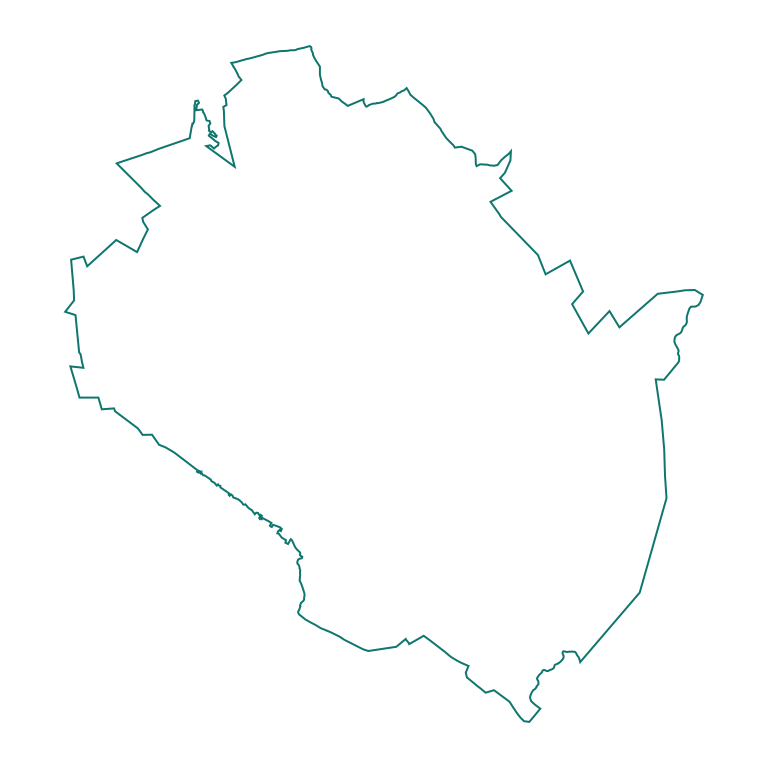 Huitiupán, Chiapas, Mexico (Natural Earth projection)
{"feature_id": "50627088B98108453745157", "entity_name": "Huitiupán", "entity_type": "district", "adm_level": 2, "iso_a3": "MEX", "parent_name": "Mexico", "parent_adm1": "Chiapas", "projection": "natural_earth1", "projection_center": [-92.702, 17.241], "detail": "fine", "context": "isolated", "style": "outline", "palette": "teal", "viewbox_px": 768, "rotation_deg": 0, "n_neighbors": 0, "source": "geoboundaries", "source_scale": "gbopen_adm2", "svg_char_len": 6026}
<svg xmlns="http://www.w3.org/2000/svg" viewBox="0 0 768 768"><path d="M666.5,498.2L665.0,475.5L664.2,449.5L661.7,420.4L655.7,379.4L664.1,379.7L666.2,377.1L670.9,371.5L674.1,367.5L677.7,363.3L679.1,361.0L679.2,356.5L678.9,355.5L678.2,354.6L678.0,353.8L678.1,352.7L678.6,351.2L678.4,349.9L677.1,347.4L675.5,344.7L674.4,341.9L674.5,339.3L675.1,337.0L676.4,335.2L679.9,333.4L681.1,332.3L682.2,329.9L682.6,328.2L683.3,327.0L684.3,326.0L685.3,325.3L686.2,324.0L686.9,322.0L686.7,318.0L686.9,316.4L688.0,312.5L689.4,308.6L690.9,306.8L692.5,306.6L695.4,306.6L698.5,305.0L700.4,302.1L702.8,294.9L694.8,290.0L684.9,290.3L676.9,291.5L657.7,293.8L619.4,327.3L609.5,311.1L588.4,333.5L572.1,304.1L583.1,291.5L570.0,260.6L545.6,274.3L538.0,255.1L500.8,216.8L499.3,214.1L490.5,201.8L511.6,190.8L500.1,178.2L504.9,172.8L510.4,160.5L510.9,151.3L508.6,154.0L504.5,157.2L501.1,160.3L497.5,165.1L493.9,165.7L489.9,165.4L487.4,164.7L480.1,164.3L476.6,166.1L476.1,164.7L475.8,163.5L475.7,158.6L475.2,154.3L472.4,150.7L461.4,146.7L454.9,147.6L453.5,145.4L446.4,138.3L441.6,131.2L440.4,128.7L434.5,122.1L433.5,118.9L432.2,116.8L429.8,113.0L425.8,107.6L422.8,105.0L413.5,97.5L410.4,94.8L408.8,91.6L406.6,88.1L404.1,90.4L401.7,91.2L400.3,92.3L397.4,93.5L396.0,95.5L394.4,96.9L389.3,99.3L386.2,100.5L383.2,101.9L378.0,103.2L376.9,103.0L375.7,103.6L374.3,103.5L372.5,103.8L368.7,105.2L368.1,105.8L366.6,106.7L366.2,106.6L365.6,105.9L364.0,103.0L363.5,101.5L363.6,99.2L347.7,105.9L345.4,104.0L341.8,101.5L338.7,98.5L332.1,96.9L331.2,96.4L330.7,94.8L328.3,92.8L328.1,91.4L326.5,89.7L324.7,89.3L322.6,86.4L321.9,82.5L321.0,79.7L319.9,74.7L319.9,66.6L316.4,61.3L314.2,57.5L313.0,54.9L313.1,53.8L311.2,49.5L311.5,48.3L311.1,47.1L309.6,46.1L303.7,47.8L297.5,49.1L296.0,49.9L294.7,50.2L292.0,50.3L290.8,50.2L287.7,50.8L279.1,51.2L278.3,51.5L267.6,53.1L265.6,53.7L262.8,54.8L249.5,58.5L246.7,59.0L244.8,59.6L241.0,60.6L236.1,62.1L231.3,62.9L233.6,66.7L233.5,66.9L234.9,68.8L237.7,74.2L238.5,76.3L241.4,80.0L236.8,84.6L227.9,92.8L224.3,95.5L225.8,98.8L226.5,105.1L223.3,106.9L223.9,111.3L224.4,126.1L234.7,166.8L206.3,146.1L210.0,145.3L210.9,145.8L214.0,148.5L214.4,148.0L217.1,145.9L218.1,145.4L218.6,143.0L217.6,142.3L214.6,140.6L214.5,140.2L208.8,135.7L209.8,133.8L210.3,133.9L213.8,136.2L216.1,137.0L216.7,135.8L215.3,134.4L215.1,133.9L212.5,131.2L211.1,132.2L208.9,130.7L209.2,129.1L208.6,125.8L210.3,123.5L209.5,121.0L207.0,120.6L206.4,120.1L205.5,116.9L204.1,113.6L203.0,112.0L203.0,110.9L202.1,109.5L196.4,110.2L196.4,108.6L197.0,104.9L199.0,102.8L197.9,100.6L195.3,101.1L195.0,104.2L194.5,105.0L194.3,118.6L194.2,121.0L193.1,123.7L192.4,123.6L191.9,126.4L191.7,126.4L189.7,138.2L158.6,148.9L150.3,152.3L146.6,153.2L141.9,155.0L117.1,163.2L116.7,163.4L141.2,187.8L143.4,190.3L144.7,191.8L148.1,194.5L152.8,199.3L160.0,205.9L153.4,210.1L142.3,217.9L143.2,221.9L147.9,229.4L143.5,238.2L137.1,252.1L116.2,240.0L87.2,266.3L83.5,256.6L71.1,259.7L73.7,290.1L74.1,300.4L65.2,311.8L75.5,315.1L79.0,351.0L79.3,352.7L80.6,354.3L82.0,362.0L83.4,367.8L70.4,366.4L77.0,388.6L79.5,397.6L98.4,397.6L101.8,409.3L114.0,408.4L115.1,411.3L138.0,428.5L142.6,434.9L152.0,434.7L159.1,444.8L165.6,447.4L174.5,452.7L195.4,468.7L198.2,470.7L197.0,471.6L197.2,472.0L198.7,472.6L198.8,472.0L198.7,470.9L200.1,471.3L200.6,472.8L201.3,472.2L201.2,473.4L201.7,473.2L201.9,473.3L202.2,474.2L203.2,475.2L203.4,475.1L205.1,475.7L210.8,479.6L211.3,480.9L212.4,481.7L214.4,482.8L216.7,485.5L217.9,484.5L218.1,485.3L220.3,485.8L220.4,487.4L229.2,493.5L228.7,494.8L229.6,495.8L231.0,494.4L232.5,495.6L233.3,497.5L236.5,498.6L237.6,499.2L238.2,499.3L239.0,499.9L241.5,502.1L243.4,504.7L244.6,504.7L245.4,504.3L247.6,506.9L247.6,507.1L249.5,508.7L250.9,509.6L251.3,509.6L251.2,509.3L254.8,514.3L255.3,513.8L255.4,513.4L256.4,512.7L258.1,513.0L258.7,514.4L259.4,515.1L260.2,515.2L260.5,514.8L261.9,515.9L260.8,517.2L260.0,516.5L259.2,518.0L259.9,519.1L260.9,518.4L261.0,518.8L261.7,519.2L262.2,517.9L268.6,521.2L271.4,523.0L269.9,525.8L270.5,526.4L271.8,527.0L273.1,524.8L278.3,526.6L281.1,527.8L281.4,527.6L280.4,529.0L281.7,529.2L280.9,531.1L279.3,530.4L278.4,530.8L277.4,533.3L278.9,533.8L281.7,537.6L286.0,540.2L285.4,542.7L288.0,544.0L290.8,539.2L291.5,539.8L292.0,540.4L292.4,541.1L294.8,546.5L295.9,548.2L297.2,549.8L300.0,552.4L300.3,553.4L299.9,555.0L300.7,555.9L301.4,556.1L302.3,556.9L302.0,557.9L301.4,558.2L301.1,558.5L299.6,558.7L298.2,559.5L297.8,560.4L297.4,561.6L297.3,563.2L297.7,563.9L298.9,565.3L299.3,566.4L299.6,568.4L300.2,570.2L300.0,572.7L300.2,575.3L299.9,576.6L299.9,579.1L299.5,580.2L301.5,584.5L303.4,590.1L304.4,593.5L304.5,594.6L304.5,595.8L304.2,596.9L304.1,598.9L304.0,599.8L303.2,601.0L301.0,602.9L300.5,604.2L300.0,605.8L300.4,606.3L299.4,609.3L298.9,610.1L298.6,610.9L298.1,611.8L298.2,612.5L298.4,613.1L299.1,614.4L305.3,619.4L311.3,622.8L315.2,624.8L320.6,628.1L330.8,632.3L339.9,636.8L344.3,639.8L363.1,649.3L368.3,651.0L396.3,646.8L405.7,639.0L405.9,639.6L408.7,642.9L409.2,644.1L423.7,635.8L429.6,640.1L445.1,652.0L448.8,655.2L451.2,657.1L457.0,660.6L461.0,662.7L468.5,666.0L465.8,672.6L466.9,677.4L477.6,686.2L481.1,688.9L485.6,692.7L494.0,690.2L509.5,701.7L514.0,708.7L517.3,713.6L520.6,717.8L524.1,721.2L529.3,721.9L540.3,708.7L534.9,704.6L531.3,701.3L530.2,698.5L530.1,696.8L530.6,695.1L531.8,692.3L532.4,691.6L533.0,690.4L534.9,689.1L535.6,688.2L536.4,687.5L536.5,686.5L538.4,684.3L538.4,683.2L538.5,682.5L538.4,681.8L538.2,680.9L537.4,679.8L537.4,679.3L537.0,678.8L537.1,678.1L538.3,676.1L539.3,674.9L541.4,672.9L542.1,672.0L542.4,670.8L543.3,670.1L543.9,669.9L545.7,670.5L546.8,671.1L548.4,670.9L550.1,669.8L550.7,669.8L551.7,669.4L553.6,668.2L554.2,667.1L554.3,666.2L554.5,665.5L555.0,664.9L555.8,664.4L557.6,663.8L558.4,663.1L559.4,662.7L561.0,661.2L562.9,659.1L563.3,658.3L563.5,657.4L563.7,656.1L562.7,653.8L562.5,652.9L562.9,651.7L563.6,651.3L564.7,651.4L566.7,652.0L569.2,651.7L572.4,651.6L575.0,651.9L575.8,652.7L577.3,655.5L578.7,657.3L579.3,658.8L580.2,662.1L639.7,592.6L666.5,498.2Z" fill="none" stroke="#0f766e" stroke-width="2"/></svg>